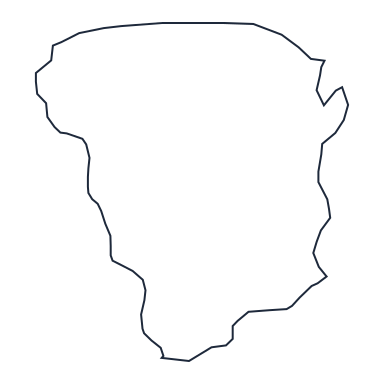 Kellia, Larnaca, Cyprus (Robinson projection)
{"feature_id": "46923920B13037946348348", "entity_name": "Kellia", "entity_type": "district", "adm_level": 2, "iso_a3": "CYP", "parent_name": "Cyprus", "parent_adm1": "Larnaca", "projection": "robinson", "projection_center": [33.623, 34.983], "detail": "fine", "context": "isolated", "style": "outline", "palette": "slate", "viewbox_px": 384, "rotation_deg": 0, "n_neighbors": 0, "source": "geoboundaries", "source_scale": "gbopen_adm2", "svg_char_len": 1102}
<svg xmlns="http://www.w3.org/2000/svg" viewBox="0 0 384 384"><path d="M52.9,45.6L51.2,60.4L35.9,73.0L35.9,81.8L37.2,93.9L46.1,103.2L47.4,117.0L54.6,127.1L60.4,132.6L66.7,133.4L82.4,138.8L86.2,144.4L89.5,157.9L88.4,168.3L87.9,176.9L87.9,186.9L88.4,193.0L92.2,199.2L97.7,203.8L101.2,211.0L105.3,223.7L110.4,235.8L110.7,246.0L110.7,255.4L112.6,260.7L122.7,265.8L132.7,271.0L142.8,279.8L145.5,290.3L144.4,300.2L141.1,314.5L142.5,328.7L144.1,333.3L151.5,340.5L160.7,347.8L163.4,355.9L161.7,357.9L189.0,361.0L211.5,347.3L226.0,345.4L232.7,338.9L232.7,326.0L237.6,320.9L248.5,311.8L269.4,310.2L286.6,309.1L292.0,305.9L299.6,297.6L311.6,286.0L317.6,283.3L326.6,276.5L325.6,275.3L318.8,266.9L313.3,253.0L316.7,241.7L320.9,230.4L330.2,217.8L329.0,208.9L327.3,199.3L318.4,182.1L318.4,171.6L321.3,154.4L322.2,143.9L335.3,133.0L343.8,120.0L348.1,104.9L342.1,87.2L335.8,90.6L323.9,105.3L316.6,90.2L320.0,75.5L321.3,67.1L324.5,60.7L310.9,58.9L298.6,47.3L281.6,34.7L253.4,24.0L223.2,23.0L189.9,23.0L162.2,23.0L121.2,26.1L103.8,28.1L79.2,33.1L61.2,42.2L52.9,45.6Z" fill="none" stroke="#1e293b" stroke-width="2"/></svg>